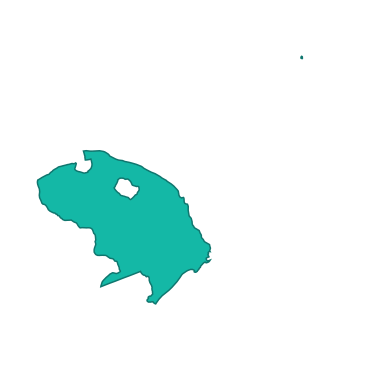 SVG path tracing the border of South Africa, rotated 252°
{"feature_id": "ZAF", "entity_name": "South Africa", "entity_type": "country or territory", "adm_level": 0, "iso_a3": "ZAF", "parent_name": "Africa", "parent_adm1": "", "projection": "albers", "projection_center": [25.295, -34.555], "detail": "fine", "context": "isolated", "style": "filled", "palette": "teal", "viewbox_px": 384, "rotation_deg": 252, "n_neighbors": 0, "source": "natural_earth", "source_scale": "50m", "svg_char_len": 5279}
<svg xmlns="http://www.w3.org/2000/svg" viewBox="0 0 384 384"><g transform="rotate(252 192 192)"><path d="M230.4,45.7L230.5,45.7L233.6,45.3L236.2,45.8L239.3,47.2L242.2,47.8L244.9,47.6L247.1,47.6L248.8,47.9L250.1,48.4L251.1,49.1L251.1,49.7L251.2,50.0L251.6,51.6L252.2,54.0L252.6,56.3L253.1,59.3L253.0,61.0L253.1,61.7L253.7,62.5L254.4,63.9L254.6,64.7L254.8,65.4L255.5,66.5L256.0,68.3L256.4,70.6L256.8,71.7L256.9,72.2L257.1,73.2L256.9,75.2L256.8,77.6L256.6,80.3L256.5,82.4L256.3,83.5L256.2,86.7L255.4,88.3L255.4,89.6L255.6,90.4L255.3,90.5L254.7,90.7L252.4,89.2L250.2,87.6L249.8,87.6L249.3,87.7L247.9,88.6L246.6,90.2L245.9,91.5L245.0,92.8L243.4,95.0L243.2,95.5L243.1,97.3L243.0,99.0L243.2,99.3L243.9,99.4L244.4,100.9L245.6,103.2L247.7,104.8L249.6,105.6L252.4,105.9L254.6,106.0L254.6,104.5L255.0,102.0L255.4,100.4L255.7,100.4L256.3,100.6L256.6,100.7L257.5,100.7L259.0,101.2L260.3,101.2L261.5,101.3L263.4,101.4L264.5,101.4L264.0,104.1L262.2,108.1L261.6,110.0L259.8,116.8L258.0,120.2L257.0,121.5L254.2,123.9L253.4,124.3L252.8,124.6L251.6,124.9L246.8,129.7L245.0,132.1L243.4,135.6L241.8,137.5L239.5,141.6L237.4,144.8L235.4,147.7L232.1,151.7L230.7,152.8L229.7,153.3L227.2,155.6L223.5,159.3L220.8,162.6L216.7,166.3L214.4,167.9L210.9,171.2L209.9,171.6L206.1,174.7L203.3,176.5L198.8,178.6L197.1,179.2L192.9,178.6L191.1,178.9L189.6,180.2L189.5,182.1L188.9,182.4L188.0,182.3L185.0,181.5L183.5,181.6L182.5,182.6L181.8,183.9L179.6,184.0L175.7,182.7L171.1,182.0L170.0,181.9L167.8,182.9L167.0,183.1L163.7,182.9L161.9,182.4L160.2,182.4L158.9,183.0L157.3,183.2L153.1,186.9L150.8,187.0L148.9,187.4L148.0,187.5L146.2,187.0L145.5,187.1L144.5,187.4L143.5,188.0L141.2,188.4L140.3,189.0L136.6,192.4L135.7,192.3L135.0,192.2L132.9,192.2L130.6,190.6L129.7,190.8L129.9,190.3L129.9,189.3L129.4,188.7L129.0,188.5L128.1,188.6L127.6,187.8L126.2,187.8L125.8,188.1L125.1,188.1L125.0,187.3L125.0,186.8L124.9,186.1L124.7,185.2L124.1,184.9L123.7,184.8L122.7,184.9L122.1,185.1L121.8,185.4L121.5,186.1L121.6,188.2L121.1,187.6L120.4,186.4L120.2,185.1L120.3,183.5L121.3,182.8L121.1,181.7L120.8,180.8L119.5,178.5L119.0,177.5L117.9,176.8L117.0,175.1L116.2,174.5L115.7,173.3L114.9,172.4L114.5,170.8L114.9,169.9L115.5,169.4L116.3,170.1L117.1,169.7L118.2,168.5L118.8,166.7L118.7,164.0L118.4,162.3L117.1,157.9L116.6,156.9L114.2,153.9L111.3,149.9L107.5,143.4L105.6,139.5L102.6,131.6L100.1,127.2L97.1,123.2L96.8,122.9L97.1,122.4L98.5,121.3L99.1,121.0L99.4,121.1L99.7,120.8L100.0,120.1L100.0,119.4L100.1,118.5L100.4,118.0L100.6,116.9L101.2,116.2L102.4,115.6L103.4,116.1L103.8,116.7L104.0,117.4L104.5,117.8L105.2,117.7L105.7,118.1L106.0,119.1L106.0,119.8L105.7,120.3L105.8,120.8L106.3,121.5L106.6,122.2L107.0,123.0L108.7,123.4L109.5,123.7L111.0,123.7L112.4,124.0L113.7,124.6L115.8,124.6L118.7,124.0L121.1,124.0L123.0,124.6L124.4,124.7L125.2,124.2L125.6,123.5L125.4,122.7L125.8,122.2L126.7,121.9L127.5,121.2L128.0,120.2L129.3,119.3L131.3,118.6L132.4,118.5L132.3,116.9L132.0,111.7L131.7,106.6L131.5,101.4L131.2,96.2L130.9,91.1L130.7,86.0L130.4,80.8L130.1,76.0L130.7,76.3L134.1,78.7L135.1,80.0L135.6,80.9L137.2,83.9L138.3,86.6L139.3,88.7L139.4,89.7L139.6,90.6L139.7,91.1L139.7,91.6L139.1,92.8L138.5,93.7L137.8,94.9L137.8,96.5L138.2,98.4L138.6,99.3L139.2,99.5L140.6,99.0L141.4,99.1L142.6,99.4L146.6,99.1L147.1,99.2L148.6,99.2L149.1,99.1L149.5,98.7L150.0,97.5L150.4,97.1L151.3,96.9L152.3,96.6L153.1,95.9L154.3,93.6L156.9,91.6L157.7,91.1L158.2,90.6L158.6,89.8L159.5,87.3L160.1,85.3L160.3,84.3L160.9,82.7L161.7,81.7L162.4,81.1L162.8,81.0L163.7,80.7L164.9,80.4L166.2,80.7L167.6,81.2L169.2,82.2L170.8,83.5L171.6,84.1L172.4,84.4L173.8,84.5L174.7,84.5L176.2,85.7L176.9,85.8L178.5,86.2L180.5,86.6L181.8,86.5L183.1,85.8L184.1,85.8L185.4,85.8L186.8,85.7L187.8,85.4L188.6,84.8L189.3,84.1L190.1,82.2L190.5,80.6L191.2,78.8L192.1,76.4L192.4,74.7L192.8,74.2L194.0,73.7L195.1,73.3L197.9,72.7L198.5,72.3L199.0,71.6L200.3,70.2L201.8,69.1L202.6,68.5L204.1,63.0L204.3,62.3L205.4,60.9L206.1,60.3L206.5,60.3L207.1,59.9L207.9,59.1L208.8,58.7L209.9,58.5L210.6,58.1L210.9,57.2L211.5,56.9L212.2,56.9L212.7,56.6L212.8,56.1L213.3,55.6L214.1,55.3L214.6,54.8L214.6,54.3L215.7,53.0L217.7,51.0L219.6,49.9L221.3,49.7L223.0,49.3L224.6,48.8L225.8,47.8L226.5,46.5L227.8,45.8L230.4,45.7ZM220.5,136.9L222.2,136.3L222.9,135.8L223.5,135.5L224.2,134.9L224.5,133.6L224.7,132.4L225.3,131.9L225.8,131.5L226.3,130.9L226.9,129.5L227.3,128.1L227.4,127.5L227.2,126.9L226.9,126.2L226.6,125.3L226.2,125.2L225.4,124.7L224.2,123.7L223.2,122.8L222.2,121.5L221.8,121.3L220.9,120.5L220.5,120.0L220.2,119.4L220.0,119.2L219.5,119.3L218.4,119.5L215.9,120.5L214.4,121.3L213.1,122.4L211.8,122.8L210.9,123.1L210.1,124.3L209.3,125.5L208.7,126.5L208.3,127.0L208.0,127.3L207.6,127.9L206.9,129.0L206.3,129.8L205.4,130.1L204.3,130.7L203.9,131.0L203.8,131.4L204.2,132.5L204.6,133.5L205.2,134.7L205.6,135.5L206.3,136.6L206.7,137.2L206.7,138.3L206.8,138.6L207.0,139.1L207.4,139.3L208.0,139.7L208.2,139.9L208.6,140.2L209.0,140.9L209.7,141.8L210.6,142.5L212.0,142.8L213.2,143.0L213.6,142.9L214.0,142.4L214.3,141.7L214.4,140.8L214.8,140.4L216.3,138.2L217.0,137.4L217.5,137.3L218.1,137.2L218.9,137.1L219.5,137.2L220.5,136.9ZM286.9,338.5L286.5,338.7L285.0,338.3L284.8,337.9L285.4,337.3L285.7,337.0L286.5,337.3L287.1,337.9L287.2,338.1L286.9,338.5Z" fill="#14b8a6" stroke="#0f766e" stroke-width="1.5"/></g></svg>